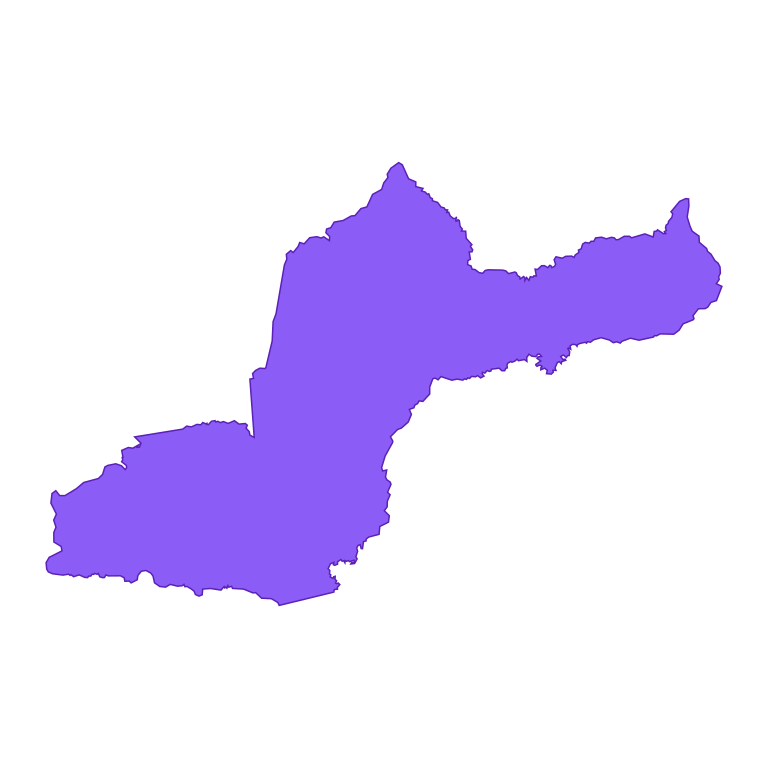 the district of Pelaya, Cesar, Colombia
{"feature_id": "7082276B17184612487952", "entity_name": "Pelaya", "entity_type": "district", "adm_level": 2, "iso_a3": "COL", "parent_name": "Colombia", "parent_adm1": "Cesar", "projection": "mercator", "projection_center": [-73.607, 8.77], "detail": "fine", "context": "isolated", "style": "filled", "palette": "violet", "viewbox_px": 768, "rotation_deg": 0, "n_neighbors": 0, "source": "geoboundaries", "source_scale": "gbopen_adm2", "svg_char_len": 6072}
<svg xmlns="http://www.w3.org/2000/svg" viewBox="0 0 768 768"><path d="M721.9,286.4L716.3,283.7L719.2,279.6L718.7,276.7L720.4,273.2L720.0,266.9L718.1,263.2L714.9,260.6L711.0,254.2L707.6,251.4L706.6,248.5L699.3,242.3L699.0,236.1L692.2,231.2L690.0,226.2L687.2,217.0L688.9,206.0L688.6,198.9L685.7,198.6L679.6,201.4L671.0,211.8L672.7,213.7L671.9,217.3L668.5,221.4L668.2,223.5L666.1,225.2L665.5,227.9L666.4,230.3L664.3,231.7L665.7,233.5L663.5,233.7L657.5,229.8L656.6,231.1L654.2,231.4L653.2,237.0L644.9,233.9L631.6,237.8L629.5,236.3L624.2,236.3L618.4,239.6L615.9,239.7L614.4,237.9L611.5,237.3L606.4,238.8L601.5,237.2L595.6,237.9L593.8,241.3L591.0,241.3L589.3,243.1L585.2,242.4L582.6,244.1L581.2,248.8L578.4,250.1L578.9,252.4L575.2,255.0L574.1,257.4L571.6,256.1L565.7,256.3L562.3,258.2L556.0,256.8L554.1,259.7L555.6,264.2L554.7,266.2L551.8,267.6L550.8,265.6L549.6,265.4L547.9,267.6L544.5,265.7L541.6,265.7L537.5,269.5L535.1,269.1L536.3,275.9L533.8,275.9L532.9,277.2L530.3,276.7L528.9,280.4L526.6,277.5L524.9,280.5L524.8,277.7L523.6,276.5L520.1,279.0L519.7,276.8L517.5,275.6L516.4,272.9L514.9,272.0L508.6,273.6L505.7,270.8L502.4,270.1L488.1,269.8L485.1,270.5L482.7,273.3L479.1,272.6L475.0,269.5L472.1,269.2L471.1,266.0L467.6,264.6L467.9,260.6L470.4,259.3L469.2,252.0L472.0,251.8L472.7,249.9L470.3,246.2L471.9,244.7L466.2,238.3L465.7,231.2L461.4,231.0L462.3,229.0L460.1,226.3L459.3,220.6L458.0,219.7L456.9,221.1L455.7,220.9L456.6,216.8L455.7,218.4L453.3,218.5L450.2,215.9L448.7,212.1L446.7,212.5L447.6,209.9L445.3,209.8L444.2,207.9L441.0,207.0L437.6,202.4L432.4,200.7L432.4,198.7L430.2,197.5L428.8,193.8L427.3,194.3L425.3,192.1L421.5,190.9L423.0,188.4L415.8,186.6L415.8,181.9L408.6,178.8L402.3,164.8L398.7,162.6L390.9,168.2L387.2,174.2L387.9,177.5L383.7,183.0L381.7,189.4L372.6,194.4L366.9,206.9L360.9,208.6L355.0,215.6L351.2,216.0L343.1,220.5L334.2,222.1L330.8,227.7L326.6,229.0L325.9,232.7L329.6,236.5L329.4,240.7L323.8,236.8L321.1,238.0L316.9,236.7L309.7,237.7L304.2,243.8L299.7,242.5L298.2,246.4L293.2,252.5L290.7,250.6L286.3,254.3L286.8,259.1L284.4,265.0L276.0,313.9L273.1,321.6L272.2,340.9L265.9,367.5L265.1,368.5L259.8,368.2L255.5,370.5L252.6,373.5L253.5,378.4L249.9,379.1L254.2,437.4L249.9,435.1L249.2,431.6L246.1,428.2L247.3,425.2L245.3,423.5L239.1,424.1L234.4,420.7L228.2,423.4L223.4,421.6L220.2,422.6L217.8,421.3L215.9,422.0L215.0,420.6L211.4,421.3L208.5,424.6L207.0,424.5L207.0,423.3L205.6,423.8L202.8,422.5L200.8,424.8L196.9,424.4L191.4,426.9L186.6,426.1L182.8,429.1L134.7,436.9L141.0,443.2L139.5,447.1L137.2,447.3L138.6,444.9L132.8,448.2L128.3,447.5L121.7,450.4L123.0,457.4L122.2,457.5L122.7,460.0L121.6,461.7L126.3,465.4L126.6,467.7L125.2,469.6L121.4,465.7L115.8,463.8L107.8,465.4L104.9,467.0L102.6,474.4L98.4,478.5L83.7,482.5L76.2,488.8L65.0,495.6L59.7,495.6L55.8,490.7L52.0,493.5L50.9,503.1L56.4,514.1L53.7,520.1L56.0,527.2L53.8,532.5L53.9,542.0L61.2,546.5L61.9,550.9L49.2,557.3L46.1,562.7L46.7,569.1L48.3,571.9L52.7,573.8L63.0,575.1L68.5,574.2L70.1,575.4L71.1,574.7L73.6,576.7L79.2,574.9L84.7,577.4L87.7,577.6L88.5,576.2L90.9,576.0L91.9,574.3L93.8,574.4L94.5,573.4L97.1,574.3L98.2,573.4L99.8,576.8L102.8,577.7L104.5,577.5L106.0,574.9L108.3,575.9L120.5,575.8L124.2,577.8L124.8,581.2L129.3,581.1L131.1,582.9L137.2,579.8L137.9,575.4L141.4,571.2L146.0,570.5L150.8,573.1L153.0,576.0L154.5,582.8L159.8,586.5L165.7,587.1L170.2,584.4L177.6,586.2L182.4,585.7L183.9,584.4L184.9,586.7L187.1,586.5L191.3,589.0L194.1,591.2L195.4,594.5L199.0,596.1L202.2,594.8L202.7,589.1L210.5,588.5L221.0,590.1L224.1,586.6L224.8,587.9L225.8,587.0L226.9,588.2L227.9,585.6L228.8,587.2L231.6,586.3L232.5,588.4L243.6,589.1L252.9,592.9L255.7,592.7L261.6,598.2L271.4,598.7L277.8,602.5L279.2,605.4L333.8,592.1L334.3,589.5L337.5,589.2L337.3,587.5L339.8,584.6L338.2,583.0L336.7,583.7L335.5,583.0L336.6,580.8L335.0,579.3L335.2,576.3L333.7,576.7L333.0,578.3L330.2,576.9L330.8,574.8L329.5,574.0L329.8,570.5L328.1,568.7L330.5,563.7L333.9,562.4L333.3,564.7L334.7,565.3L337.5,564.2L337.6,561.7L341.0,559.5L342.1,561.2L343.7,560.8L344.9,562.8L345.1,560.6L346.5,561.3L348.4,560.6L349.4,561.6L354.0,560.2L354.6,562.3L351.5,562.6L350.8,564.0L354.6,563.5L357.1,558.9L355.9,556.7L357.6,551.3L356.7,547.9L358.1,545.4L360.1,544.7L361.2,548.6L362.5,548.7L363.5,541.6L366.0,541.0L366.4,538.8L368.9,537.0L379.1,534.3L379.8,526.5L388.5,522.1L389.3,515.7L384.3,510.7L387.2,506.8L387.3,501.3L390.1,494.8L387.6,492.2L391.0,484.3L390.2,482.1L386.8,479.7L385.5,477.1L386.7,470.0L382.6,470.9L381.6,467.6L385.2,455.9L392.5,442.7L392.8,441.1L390.4,436.8L397.6,429.5L401.5,428.0L408.2,422.1L411.4,414.4L409.3,409.4L413.9,407.8L414.9,405.0L417.6,403.6L419.1,400.9L422.9,401.4L429.7,394.0L429.7,387.1L432.8,378.8L435.1,378.1L438.1,379.8L440.9,376.6L451.9,380.2L457.0,379.1L462.8,380.1L464.6,378.9L466.5,379.4L467.8,377.9L469.6,378.4L471.6,376.4L475.6,376.8L477.6,375.6L480.6,377.9L484.0,376.1L482.1,373.8L482.5,372.4L484.9,373.1L487.2,370.5L489.5,371.5L491.0,370.9L491.4,369.2L499.1,368.2L501.8,370.7L504.7,370.7L505.8,368.4L507.3,367.9L507.0,364.7L507.9,363.1L510.9,361.5L511.9,362.2L514.7,361.2L517.1,359.2L518.4,360.7L524.5,359.6L526.9,361.4L526.7,357.6L529.0,354.2L531.6,356.1L535.8,356.7L537.7,354.2L539.5,354.1L541.5,356.4L537.7,357.0L537.0,358.4L540.8,361.0L535.8,364.4L535.9,365.3L537.0,366.3L539.2,365.2L541.3,365.7L542.1,366.7L540.9,367.6L540.8,369.8L544.6,368.2L547.3,370.3L546.5,373.7L551.3,374.1L553.3,372.2L552.9,370.3L556.0,370.4L555.0,367.9L557.4,362.5L559.4,361.7L561.2,363.7L561.7,361.6L565.8,360.3L565.1,359.1L562.9,359.5L560.7,356.5L563.4,355.0L566.4,357.5L567.4,355.8L569.2,355.5L569.7,351.8L567.8,348.5L568.6,348.0L570.7,349.3L570.1,345.9L572.5,344.3L575.7,344.6L577.0,346.3L577.6,344.5L580.2,343.4L585.1,342.3L586.6,343.2L587.3,341.7L590.5,342.2L593.8,339.7L601.2,337.7L609.6,340.1L613.3,342.7L616.7,341.8L620.3,343.1L621.9,341.3L630.4,338.2L639.0,340.2L653.6,337.0L654.5,335.6L656.6,335.8L660.1,333.9L673.8,334.2L679.2,330.1L683.0,323.9L693.3,319.7L694.0,318.6L693.0,315.7L698.4,308.8L705.1,308.6L707.7,307.2L710.9,302.4L716.4,300.6L721.9,286.4Z" fill="#8b5cf6" stroke="#5b21b6" stroke-width="1.5"/></svg>